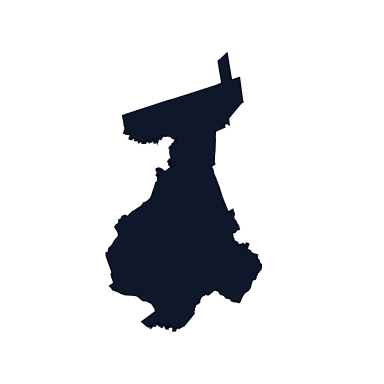 the district of Calinesti-Oas, Satu Mare, Romania, rotated 118°
{"feature_id": "2599482B93378437092703", "entity_name": "Calinesti-Oas", "entity_type": "district", "adm_level": 2, "iso_a3": "ROU", "parent_name": "Romania", "parent_adm1": "Satu Mare", "projection": "natural_earth1", "projection_center": [23.281, 47.91], "detail": "fine", "context": "isolated", "style": "filled", "palette": "ink", "viewbox_px": 384, "rotation_deg": 118, "n_neighbors": 0, "source": "geoboundaries", "source_scale": "gbopen_adm2", "svg_char_len": 6093}
<svg xmlns="http://www.w3.org/2000/svg" viewBox="0 0 384 384"><g transform="rotate(118 192 192)"><path d="M318.4,139.3L317.8,139.2L313.7,136.2L298.0,133.1L297.7,133.6L296.6,134.7L295.5,134.5L295.0,134.6L293.6,135.5L291.4,135.5L289.4,136.1L289.1,135.5L287.7,134.3L286.8,134.2L286.4,133.8L285.1,133.8L284.0,134.5L283.5,134.6L280.2,134.7L279.8,134.6L279.7,134.4L278.5,134.4L278.4,133.7L277.3,132.7L276.0,133.0L275.8,132.8L275.5,132.6L275.7,130.7L274.9,129.2L272.0,127.9L271.1,127.8L270.7,127.4L269.5,127.1L268.6,126.5L267.6,126.3L267.5,124.5L267.0,122.1L268.7,119.2L268.9,118.6L268.6,118.2L268.3,116.2L268.4,114.5L268.2,114.4L268.7,113.9L269.5,112.1L268.6,109.3L268.0,108.7L268.0,108.1L269.3,106.5L269.5,105.5L269.1,104.4L269.0,103.1L267.7,100.7L267.8,99.1L267.5,98.6L265.4,98.2L264.2,98.5L260.8,98.7L256.9,98.4L255.9,98.2L256.0,98.1L252.4,96.2L249.2,95.8L241.5,97.5L239.3,95.3L239.0,95.2L236.9,95.5L236.5,96.0L233.8,95.7L232.7,96.4L232.1,96.1L231.5,95.4L229.8,95.7L228.7,95.3L228.6,94.9L225.3,95.7L223.5,96.8L223.3,97.4L223.6,98.5L220.9,100.9L220.6,102.1L219.8,103.4L219.0,104.1L217.0,104.5L216.9,104.9L217.1,106.3L217.7,108.2L217.7,110.8L217.4,111.9L216.4,113.0L216.7,114.3L216.4,116.9L211.4,117.4L211.2,118.6L211.6,119.0L211.4,119.6L212.2,120.1L213.1,119.9L213.9,120.6L214.2,121.7L213.5,122.8L214.8,123.5L215.6,124.4L216.1,124.6L216.3,126.0L216.8,126.6L216.5,127.2L216.6,128.0L215.3,128.0L215.1,129.7L215.4,130.5L215.3,132.0L214.8,132.9L214.3,133.4L214.1,133.3L214.1,132.9L213.9,132.9L213.2,134.0L213.1,134.5L211.2,135.7L211.1,136.1L210.8,136.1L209.5,136.9L208.8,136.8L208.2,136.3L207.6,135.1L204.6,134.7L202.7,132.8L200.4,134.9L199.6,136.0L199.0,137.5L197.1,139.8L196.2,142.4L194.0,143.9L191.9,144.1L188.2,147.8L192.9,150.6L182.4,163.1L175.7,169.8L169.1,177.3L165.1,182.3L164.5,182.4L162.0,184.6L162.2,185.8L161.8,186.2L160.4,186.5L158.7,186.3L156.7,185.0L155.4,186.4L148.5,189.8L146.0,190.7L133.8,196.6L133.4,197.1L127.4,199.9L123.1,196.7L119.5,193.6L116.1,195.5L115.0,192.5L114.9,192.0L115.1,190.9L109.8,194.5L90.7,190.5L88.4,189.3L87.5,190.4L68.7,203.9L74.8,209.6L53.6,225.8L52.3,226.1L53.2,226.2L54.8,227.0L56.4,227.3L59.2,228.5L60.4,228.2L61.4,229.1L64.1,230.3L81.9,216.7L87.3,221.2L117.7,250.8L123.3,256.6L157.0,289.1L159.3,287.4L159.1,287.3L165.9,282.2L165.6,281.3L172.1,279.8L171.9,279.3L171.9,277.6L170.1,273.2L172.7,272.6L174.1,272.7L174.5,272.3L174.5,271.2L174.2,270.2L173.6,269.8L172.3,269.6L171.6,268.6L171.7,267.2L173.1,267.0L173.4,266.7L173.1,265.9L171.8,264.1L172.3,263.2L173.3,262.5L173.5,262.2L171.5,261.3L171.2,260.7L171.4,259.7L172.3,258.9L172.1,258.2L171.4,257.3L171.0,256.2L169.5,255.9L168.6,255.5L167.4,254.4L167.4,254.2L168.5,253.1L168.5,252.8L166.9,252.1L166.6,251.1L165.7,251.3L164.8,251.0L164.8,250.1L165.0,249.6L166.4,248.4L165.9,247.9L165.8,247.4L165.1,247.4L164.3,246.6L164.2,246.2L164.8,245.7L161.7,246.2L161.2,246.8L161.7,247.8L161.7,248.2L161.5,248.4L160.9,248.4L160.0,247.1L160.0,246.5L160.4,244.9L160.4,244.4L160.2,244.2L157.4,244.2L156.0,243.6L156.0,243.3L155.2,242.0L155.4,241.7L153.8,240.0L153.8,239.2L153.2,238.6L153.1,238.0L153.1,236.5L153.6,235.7L153.5,233.5L153.1,231.7L153.9,231.3L154.3,229.4L154.5,229.2L154.9,229.1L154.7,229.8L155.1,231.2L157.0,231.1L157.2,231.4L158.5,231.4L158.6,232.0L160.5,231.7L160.8,232.0L161.1,232.1L162.2,231.7L162.6,232.9L164.1,232.5L163.6,231.4L166.5,230.6L168.1,229.6L170.7,227.4L170.8,226.7L171.6,226.4L172.2,225.9L172.7,226.6L173.4,227.0L175.6,227.6L176.6,227.5L176.7,226.9L176.6,226.7L175.8,226.0L176.0,224.7L176.3,224.3L176.8,224.3L177.6,225.8L178.8,225.2L178.8,224.8L179.1,224.5L179.1,223.6L179.6,222.9L178.9,221.9L178.9,221.0L179.2,221.0L180.8,222.5L185.1,224.5L186.5,225.5L187.1,226.8L186.5,227.6L186.2,228.5L186.2,231.5L186.6,232.7L186.8,233.1L188.4,234.4L189.2,234.1L190.4,232.4L191.1,231.9L191.8,231.1L193.2,231.5L194.0,231.4L194.1,230.9L193.4,229.5L194.5,229.8L194.8,229.6L195.0,229.4L195.1,228.5L196.0,228.7L197.0,227.7L199.0,227.7L200.2,227.2L200.8,228.3L204.6,227.3L210.0,226.6L214.6,225.6L218.6,225.9L219.6,226.6L221.0,226.9L223.3,228.3L223.8,229.1L224.3,229.6L228.1,229.9L231.5,231.9L235.7,234.0L237.0,235.1L241.6,236.7L242.6,236.6L243.3,236.8L244.0,237.8L243.9,239.6L244.0,240.0L245.2,241.4L246.3,242.0L249.4,241.9L250.1,242.4L251.1,243.5L252.9,242.2L254.7,242.2L256.7,243.5L258.4,243.7L259.2,243.4L259.9,242.3L260.5,240.8L262.8,237.7L263.7,237.0L265.5,236.2L267.4,236.3L269.6,237.1L272.0,237.4L275.6,237.4L279.1,238.2L280.4,238.8L281.2,238.7L283.7,237.8L284.2,237.8L285.1,238.0L285.9,239.2L288.6,237.6L289.4,236.9L300.0,225.2L301.8,224.5L302.3,224.8L302.6,224.7L304.2,223.0L305.0,222.8L305.3,222.0L307.0,220.4L308.6,218.2L310.8,219.0L313.6,220.5L314.5,217.5L315.5,216.4L314.7,210.1L314.7,207.1L314.0,202.8L311.4,197.2L309.5,192.6L309.8,188.5L310.6,186.4L310.7,184.4L310.5,183.4L309.9,182.4L309.3,180.3L309.4,178.1L309.2,175.9L309.5,174.8L312.2,170.0L314.5,167.9L330.1,175.4L331.7,167.6L330.5,166.3L330.9,166.0L331.1,165.4L331.7,164.9L331.6,164.5L330.6,164.0L330.3,164.3L330.5,164.7L329.8,165.6L329.0,165.5L328.8,165.1L329.2,164.7L329.0,164.2L328.9,163.6L328.3,163.7L327.6,163.2L327.5,162.6L328.1,162.3L328.1,162.2L327.6,161.4L326.9,161.6L326.0,161.3L325.5,161.7L325.0,161.7L324.3,160.7L323.3,160.0L322.9,160.1L323.2,159.5L325.1,159.8L325.5,158.3L325.4,157.0L325.7,156.0L325.5,154.9L325.3,154.8L325.0,155.3L324.2,155.8L325.0,156.3L324.8,156.8L322.9,156.2L323.0,155.3L323.8,155.2L323.3,154.5L322.3,154.4L322.2,153.7L322.9,153.0L323.5,152.9L323.6,152.7L322.7,151.9L322.2,151.8L322.1,151.6L322.5,151.2L323.2,150.9L323.3,151.0L323.3,151.3L323.6,151.5L324.6,151.3L325.0,150.6L324.7,150.4L323.9,150.6L323.7,150.3L323.7,149.8L324.3,149.5L324.3,149.0L323.5,149.3L323.0,149.9L322.2,150.1L321.3,150.1L320.8,149.5L320.0,149.7L319.9,149.2L321.9,149.1L322.4,148.8L321.3,147.7L321.1,147.2L320.3,146.8L320.0,145.9L320.9,145.2L320.7,144.8L320.7,144.6L321.7,144.3L322.0,143.8L322.5,143.7L323.5,144.0L323.8,144.3L323.7,144.0L323.4,143.1L323.1,143.1L322.4,141.5L321.4,141.6L321.0,142.1L320.6,142.3L319.7,141.8L319.6,141.2L319.0,141.0L318.0,140.1L318.4,139.3Z" fill="#0f172a" stroke="#020617" stroke-width="1.5"/></g></svg>